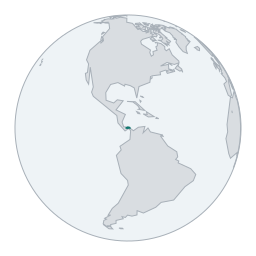 globe centered on Colón, rotated 18°
{"feature_id": "PAN-1337", "entity_name": "Colón", "entity_type": "Province", "adm_level": 1, "iso_a3": "PAN", "parent_name": "Panama", "parent_adm1": "", "projection": "orthographic", "projection_center": [-79.901, 9.122], "detail": "medium", "context": "on_globe", "style": "filled", "palette": "teal", "viewbox_px": 256, "rotation_deg": 18, "n_neighbors": 0, "source": "natural_earth", "source_scale": "10m", "svg_char_len": 8167}
<svg xmlns="http://www.w3.org/2000/svg" viewBox="0 0 256 256"><g transform="rotate(18 128 128)"><circle cx="128" cy="128" r="113" fill="#eef3f6" stroke="#a8b0b8"/><path d="M131.3,129.6L128.7,128.4L126.1,131.7L116.9,126.3L113.5,119.6L85.2,108.6L82.3,105.2L82.3,99.7L73.3,81.8L77.0,98.5L73.4,95.2L70.6,89.2L72.3,87.8L70.7,79.2L67.5,76.0L67.8,65.8L75.1,53.6L76.0,55.5L77.7,52.6L76.6,50.2L75.5,49.4L79.8,39.1L77.5,34.2L73.1,35.4L76.9,33.3L66.3,37.8L62.7,38.5L69.0,36.1L71.3,34.8L70.0,34.3L72.1,32.8L72.7,31.9L75.4,30.3L78.8,29.5L80.6,28.6L79.6,28.3L81.6,26.9L82.9,27.3L86.5,25.0L93.0,23.9L94.1,27.8L99.9,27.1L107.0,31.3L108.6,30.1L112.3,31.5L115.4,30.7L115.9,32.0L118.0,30.3L117.1,29.3L117.7,28.2L119.5,27.8L120.3,29.3L119.5,29.7L120.7,30.0L120.4,31.0L121.5,30.2L122.3,32.3L124.2,29.7L127.1,30.9L126.9,32.5L123.4,33.0L114.4,39.2L113.2,41.6L114.9,44.1L125.3,46.9L125.4,49.5L128.0,52.5L129.6,50.5L128.1,47.6L131.6,45.1L129.4,42.1L130.5,40.8L129.6,37.8L133.5,37.6L137.8,39.2L138.7,41.8L140.6,42.7L142.7,39.9L147.4,44.8L155.6,48.6L156.4,50.2L152.5,53.2L144.8,53.6L139.8,59.0L146.8,55.0L148.7,59.6L150.6,60.3L152.7,60.0L153.5,58.1L154.9,59.8L148.5,63.9L147.1,62.5L149.1,61.1L145.6,61.5L141.2,64.9L142.5,67.3L134.6,71.0L135.5,72.9L134.2,74.9L133.4,71.6L134.7,77.8L125.6,85.2L127.1,96.8L121.5,87.9L117.0,87.0L111.6,87.3L111.8,89.2L104.4,87.9L98.0,92.0L95.9,101.2L98.6,108.4L106.7,108.6L109.1,104.5L115.0,103.6L111.0,114.5L121.3,115.9L120.5,124.1L123.5,128.2L128.6,127.0L134.0,128.9L137.6,124.1L143.6,121.3L143.9,127.9L147.0,121.8L150.5,124.8L162.2,124.0L161.4,125.6L171.3,132.8L181.7,135.5L184.2,140.1L183.0,143.2L186.5,143.7L186.5,145.7L200.2,147.3L206.8,151.2L206.4,157.9L200.3,166.2L193.7,182.4L182.5,188.5L178.9,194.8L168.9,204.1L162.2,203.8L163.4,207.9L159.0,210.6L154.5,211.0L153.1,213.9L149.7,214.1L151.5,215.8L145.2,219.6L146.1,222.4L141.3,225.2L142.0,226.7L140.5,226.7L138.7,227.3L138.3,228.2L134.0,226.8L133.6,223.3L135.7,221.4L133.7,221.1L138.4,216.1L136.0,217.1L137.9,209.3L142.0,202.5L145.9,182.2L143.8,178.0L135.4,173.4L125.4,157.6L128.3,151.0L126.0,147.9L133.4,138.3L131.3,129.6ZM24.7,96.1L25.5,93.5L25.5,95.2L24.7,96.1ZM25.7,92.0L25.5,92.8L25.6,92.1L25.7,92.0ZM25.5,91.4L25.6,91.8L25.4,91.6L25.5,91.4ZM25.3,91.0L25.5,91.1L25.4,91.2L25.3,91.0ZM126.7,100.8L138.5,106.1L132.0,107.0L133.2,105.9L130.2,103.7L124.6,101.7L118.8,103.0L126.7,100.8ZM25.2,89.6L25.2,89.1L25.5,89.0L25.2,89.6ZM131.7,94.2L129.6,93.8L131.6,93.7L131.7,94.2ZM74.7,49.3L76.4,50.4L76.5,53.3L74.9,52.5L74.7,49.3ZM74.7,44.5L76.1,44.4L74.1,47.0L73.9,46.2L74.7,44.5ZM69.5,36.8L70.5,37.0L68.8,37.3L69.5,36.8ZM72.3,32.1L71.4,32.5L72.1,31.9L72.3,32.1ZM127.6,38.2L128.6,38.0L128.2,38.6L127.6,38.2ZM126.2,37.1L125.1,38.0L124.3,37.6L125.0,37.1L126.2,37.1ZM76.8,29.0L78.3,28.0L77.4,28.8L76.8,29.0ZM127.8,36.2L123.0,36.9L121.6,36.3L123.2,33.9L127.8,36.2ZM79.5,27.3L82.9,25.2L81.1,25.9L88.2,23.1L82.9,25.6L82.1,26.4L81.2,26.5L79.5,27.3ZM116.0,29.2L117.1,30.2L114.5,29.8L116.0,29.2ZM114.2,29.2L105.3,30.0L104.5,28.4L107.7,28.3L105.3,26.9L109.3,25.7L111.5,26.2L111.2,27.4L112.9,26.1L114.2,29.2ZM91.6,22.0L92.9,21.5L92.2,21.9L91.6,22.0ZM117.7,27.8L116.0,28.0L115.2,26.6L118.5,26.0L117.7,26.6L117.7,27.8ZM102.8,27.2L102.8,26.2L106.0,24.9L106.4,24.4L109.3,25.5L102.8,27.2ZM118.8,26.7L120.2,25.7L122.2,26.0L119.4,27.6L118.8,26.7ZM113.6,26.6L113.4,25.9L114.6,26.0L113.6,26.6ZM130.1,27.0L128.1,27.0L127.5,26.3L130.1,27.0ZM120.6,25.4L119.9,25.3L119.5,25.1L120.8,24.5L120.6,25.4ZM111.4,24.6L112.8,24.4L110.4,24.1L112.7,23.3L114.2,24.3L114.5,23.5L115.3,23.3L115.7,24.4L111.4,24.6ZM120.7,23.4L123.5,24.7L127.4,24.6L128.0,25.3L121.6,25.2L120.7,23.4ZM117.7,23.8L119.7,23.6L119.5,24.4L118.0,25.0L117.7,23.8ZM113.7,22.4L109.8,23.4L109.6,23.2L113.7,22.4ZM121.9,23.2L121.2,22.9L122.2,23.1L121.9,23.2ZM116.3,22.4L114.9,22.8L114.7,22.5L116.3,22.4ZM121.0,22.1L121.9,22.5L120.9,22.9L121.0,22.1ZM118.9,22.1L119.0,21.7L120.0,22.8L118.3,22.3L118.9,22.1ZM116.3,22.1L115.8,22.1L117.0,22.0L116.3,22.1ZM124.3,20.7L125.9,22.0L123.6,22.7L122.4,21.3L124.3,20.7ZM141.0,229.7L134.2,227.4L138.1,228.4L141.4,227.0L144.7,228.7L141.0,229.7ZM150.3,225.9L153.8,225.0L154.4,225.4L152.2,226.1L150.3,225.9ZM210.3,51.1L206.5,47.7L208.8,50.1L212.8,53.9L213.1,54.3L216.3,58.1L213.9,55.2L208.5,50.5L209.7,53.6L216.3,64.6L215.9,66.6L213.2,65.9L205.6,56.5L207.4,53.3L204.7,50.4L199.9,47.5L200.9,46.9L199.1,45.5L199.4,44.4L195.3,40.1L194.9,38.9L189.1,34.9L188.1,33.9L191.8,36.5L194.2,37.9L192.6,35.8L191.1,34.7L187.5,32.4L184.2,30.4L182.8,29.6L190.3,34.1L197.4,39.3L204.0,44.9L210.3,51.1ZM181.5,28.9L182.0,29.3L177.8,27.1L173.7,25.1L172.5,24.7L179.1,28.0L181.6,29.4L183.5,30.3L190.5,34.7L191.9,36.0L185.2,32.2L186.5,33.8L180.7,30.6L166.4,22.6L162.5,20.9L163.9,21.2L172.9,24.7L181.5,28.9ZM91.6,21.4L89.7,22.1L89.9,22.0L91.9,21.4L88.2,23.1L81.1,25.9L80.9,25.8L76.6,28.0L76.7,27.7L76.3,27.9L83.9,24.4L91.6,21.4ZM240.5,133.2L240.6,130.6L240.5,122.1L240.2,119.2L240.0,121.0L239.4,117.6L239.0,118.2L234.8,125.1L231.8,121.3L224.4,107.8L224.0,100.9L221.1,94.1L215.9,67.0L218.0,67.0L217.5,60.7L218.1,61.0L221.6,66.1L223.4,68.1L227.6,75.5L231.3,83.2L234.4,91.1L236.9,99.3L238.8,107.7L240.0,116.1L240.6,124.6L240.5,133.2ZM221.4,79.4L222.5,81.4L222.5,81.5L221.4,79.4ZM162.6,123.9L164.0,125.1L162.2,125.2L162.6,123.9ZM131.1,109.7L133.6,109.8L134.9,110.8L133.0,111.2L131.1,109.7ZM151.7,109.2L154.4,109.6L151.6,110.3L151.7,109.2ZM140.4,106.8L149.4,109.1L143.9,111.2L138.1,109.9L142.1,109.2L140.4,106.8ZM130.7,98.0L132.2,98.4L131.8,99.6L130.7,98.0ZM133.1,94.2L132.5,94.3L131.7,93.3L133.1,94.2ZM149.1,59.3L149.7,59.1L151.8,59.1L150.9,59.9L149.1,59.3ZM160.8,55.3L162.9,58.1L160.8,56.5L159.9,57.9L154.4,56.7L156.5,50.9L156.5,53.6L160.8,55.3ZM147.6,53.9L150.9,55.0L147.3,54.1L147.6,53.9ZM189.4,39.9L190.9,40.2L192.9,42.0L193.4,44.4L190.5,41.7L189.4,39.9ZM192.5,40.4L185.7,36.5L185.1,35.1L186.6,36.5L186.9,36.0L189.4,38.1L195.5,41.1L197.6,42.9L197.4,45.7L196.3,43.7L194.9,43.3L192.5,40.4ZM169.3,31.8L166.4,30.9L168.9,29.0L171.4,30.1L172.1,32.3L169.5,32.3L169.3,31.8ZM131.5,32.1L130.2,32.5L130.0,32.0L130.9,31.3L131.5,32.1ZM129.2,27.1L137.0,30.2L135.9,30.7L141.7,32.4L141.1,34.5L137.3,33.2L141.3,36.3L137.6,36.0L140.6,38.0L132.3,35.1L129.1,35.2L132.8,34.2L133.5,32.3L132.8,31.5L128.6,29.4L122.2,29.1L121.9,27.4L123.3,26.3L124.8,26.2L124.5,27.2L126.7,26.2L127.5,27.7L129.2,27.1ZM140.2,18.8L139.4,19.4L143.8,19.1L144.6,19.9L145.1,19.9L147.1,20.7L150.3,21.6L150.1,22.0L151.5,22.2L152.8,22.8L154.5,23.3L154.9,24.3L157.1,25.0L156.0,25.1L159.7,26.2L157.2,25.9L158.6,26.9L160.3,26.7L158.1,32.5L159.2,35.7L161.4,38.7L156.8,38.3L151.7,35.3L147.1,31.7L146.8,28.9L144.7,29.4L144.0,28.2L145.9,28.3L142.5,27.6L142.3,26.7L138.2,24.5L133.4,24.3L131.7,23.6L133.6,23.3L130.7,22.9L133.1,21.9L132.0,21.4L133.2,20.2L137.5,20.1L135.9,19.6L136.8,18.9L140.2,18.8ZM124.8,20.4L129.6,19.6L132.5,19.9L129.1,22.0L129.8,22.5L127.7,24.3L123.6,24.0L124.6,23.5L124.6,23.0L125.8,23.2L124.8,22.6L126.1,22.0L125.7,21.4L127.4,21.3L124.8,20.4ZM216.5,58.7L216.1,57.9L218.1,60.4L216.5,58.7ZM213.0,55.6L212.7,54.9L215.3,57.8L215.3,58.2L213.0,55.6ZM210.4,52.3L212.5,54.7L211.3,53.6L210.4,52.3ZM191.3,35.9L190.8,35.3L191.6,35.8L192.9,36.8L191.3,35.9ZM153.5,19.2L152.6,19.2L151.9,19.0L148.2,18.6L147.3,18.1L149.1,18.2L153.5,19.2ZM151.9,18.6L150.5,18.4L150.9,18.3L151.9,18.6ZM146.5,17.7L146.8,18.0L146.5,17.7ZM130.1,15.4L129.2,15.4L128.9,15.4L130.1,15.4ZM141.6,16.3L143.5,16.6L143.1,16.6L141.6,16.3ZM92.2,21.6L92.8,21.5L91.6,21.9L92.2,21.6Z" fill="#d9dde1" stroke="#a8b0b8" stroke-width="1"/><path d="M126.6,128.1L126.8,128.0L127.0,128.0L127.2,127.9L127.4,127.9L127.6,127.8L127.7,127.7L127.8,127.6L128.0,127.6L128.1,127.4L128.1,127.5L128.2,127.4L128.3,127.3L128.4,127.2L128.5,127.1L128.4,127.1L128.5,127.0L128.8,127.1L129.1,127.1L129.3,127.2L129.5,127.2L129.6,127.3L129.5,127.5L129.4,127.5L129.2,127.5L129.3,127.5L129.2,127.4L129.0,127.5L129.0,127.4L128.9,127.3L128.7,127.3L128.7,127.5L128.6,127.8L128.4,128.0L128.2,128.0L128.2,127.9L127.9,128.1L127.8,128.3L127.7,128.3L127.5,128.2L127.4,128.1L127.4,128.3L127.1,128.5L126.8,128.4L126.8,128.5L126.7,128.7L126.5,128.8L126.4,129.0L126.4,128.9L126.4,128.7L126.2,128.6L126.3,128.3L126.4,128.2L126.5,128.2L126.6,128.1Z" fill="#14b8a6" stroke="#0f766e" stroke-width="1.5"/></g></svg>